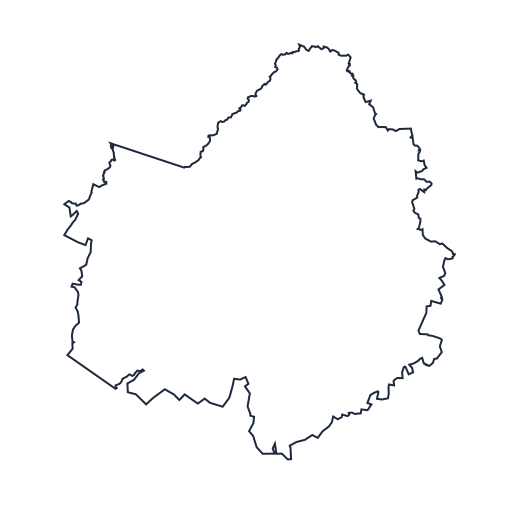 the district of Pixley ka Seme, Northern Cape, South Africa, rotated 264°
{"feature_id": "47623444B63696254381244", "entity_name": "Pixley ka Seme", "entity_type": "district", "adm_level": 2, "iso_a3": "ZAF", "parent_name": "South Africa", "parent_adm1": "Northern Cape", "projection": "natural_earth1", "projection_center": [24.003, -30.211], "detail": "fine", "context": "isolated", "style": "outline", "palette": "slate", "viewbox_px": 512, "rotation_deg": 264, "n_neighbors": 0, "source": "geoboundaries", "source_scale": "gbopen_adm2", "svg_char_len": 6066}
<svg xmlns="http://www.w3.org/2000/svg" viewBox="0 0 512 512"><g transform="rotate(264 256 256)"><path d="M362.5,423.6L366.5,423.4L367.3,412.0L365.6,408.1L367.5,405.5L368.3,401.5L367.0,400.2L370.7,398.4L371.4,391.3L374.1,389.1L380.4,387.4L384.0,389.3L384.6,390.3L385.8,389.2L391.7,388.0L395.1,384.4L398.5,386.3L397.6,381.2L401.8,379.6L402.0,379.9L404.1,379.5L405.0,380.3L405.8,379.7L406.4,377.8L407.5,376.4L411.7,373.9L416.5,374.6L417.9,372.8L418.9,373.8L420.4,373.5L421.7,372.0L423.1,371.2L425.1,371.7L425.4,370.3L426.8,371.2L427.4,370.7L427.6,369.3L428.8,368.3L429.9,368.5L430.4,367.4L429.9,367.0L430.5,365.9L431.3,365.7L435.8,368.4L435.7,369.2L437.3,369.4L437.8,368.3L443.6,370.9L446.6,368.8L445.8,366.7L446.4,361.3L447.7,359.1L449.3,359.5L452.1,355.6L452.9,353.3L451.5,351.3L452.8,350.5L453.7,350.5L455.9,348.5L457.2,345.2L455.7,345.1L454.8,342.6L458.1,339.5L457.7,338.9L457.9,337.9L457.5,336.9L458.4,335.6L458.8,333.4L457.9,333.0L457.2,331.9L454.5,329.8L455.8,327.6L459.2,325.7L461.7,321.0L459.5,321.6L458.0,320.7L457.6,320.2L455.9,320.3L455.4,319.6L455.4,317.5L454.8,315.7L455.0,314.0L454.8,313.4L453.8,313.3L454.1,311.9L453.6,308.9L454.7,307.8L454.6,307.1L453.4,306.0L453.3,303.7L454.2,302.3L453.0,300.6L450.0,298.1L449.8,297.2L448.6,296.5L448.0,296.6L445.1,294.9L443.7,295.6L441.9,294.9L441.1,296.5L439.4,297.0L437.4,295.0L437.0,293.3L434.8,290.5L433.7,289.9L433.0,288.4L430.7,289.0L428.8,288.2L428.2,286.6L425.4,283.8L425.4,283.2L426.2,282.7L425.9,282.0L424.2,279.9L422.9,279.5L421.8,278.2L420.1,274.1L417.3,272.4L416.1,272.4L415.4,273.1L414.9,273.0L414.7,271.0L415.3,270.1L415.7,267.8L414.6,264.5L413.6,264.1L411.7,265.3L410.2,264.9L409.2,263.0L408.0,262.3L406.5,260.6L406.5,260.0L407.3,259.1L407.2,257.7L405.4,256.7L404.6,254.9L404.1,254.9L403.2,255.9L402.2,255.5L401.8,253.0L400.6,251.8L400.4,250.2L399.6,247.4L396.5,245.6L396.6,243.0L394.7,241.6L394.4,240.0L392.9,238.1L392.9,236.2L393.8,234.9L392.5,232.3L388.5,231.2L386.1,231.5L381.5,229.6L380.5,225.9L380.9,222.2L380.7,221.4L379.5,221.0L378.9,222.4L375.4,222.4L373.2,220.7L371.4,218.7L369.8,215.0L369.1,214.7L367.7,215.0L365.7,214.0L365.8,212.7L365.3,211.8L361.7,211.2L359.9,211.6L359.5,210.6L357.3,208.8L355.2,204.8L354.1,201.8L351.8,199.7L351.6,199.0L352.0,194.4L351.4,193.8L383.3,123.2L382.1,123.9L381.4,123.4L381.1,124.5L380.3,125.4L379.9,124.7L380.0,123.4L378.9,123.2L378.4,123.6L378.7,124.5L378.6,125.1L376.9,124.5L373.3,125.4L372.2,125.1L369.3,125.5L368.9,125.0L366.2,126.0L365.7,125.3L366.8,123.9L366.8,122.4L365.6,121.7L364.4,120.0L362.6,120.1L361.0,120.7L359.5,120.0L357.5,116.6L357.3,115.2L355.9,113.8L354.9,114.2L354.0,113.0L352.3,112.8L351.9,112.2L349.2,112.9L348.0,111.8L347.2,112.6L345.9,112.4L345.3,114.9L344.6,114.9L344.2,114.1L343.5,114.5L342.0,109.3L341.4,108.6L341.0,107.1L344.4,101.7L336.9,98.9L336.3,99.2L332.5,96.9L330.5,96.2L329.5,95.4L326.7,90.7L326.2,88.0L326.4,87.2L325.2,85.3L324.8,82.9L327.0,82.2L327.0,80.7L327.9,78.3L329.5,77.1L329.5,76.5L330.3,75.5L327.5,70.8L323.7,75.5L314.8,75.9L315.8,77.7L319.5,82.4L316.6,83.5L311.0,80.1L308.3,77.1L305.8,75.2L302.1,71.5L296.8,67.5L288.2,80.5L284.7,87.6L291.1,90.8L288.8,94.2L285.5,93.2L277.2,92.0L271.3,88.3L265.0,86.2L262.1,79.6L259.8,80.8L254.0,81.1L250.6,77.1L248.6,79.7L245.7,78.8L246.2,75.6L247.6,70.7L244.8,69.4L243.9,72.2L238.9,75.1L236.0,75.4L228.3,73.4L226.6,73.3L223.5,71.2L219.4,72.9L215.6,73.2L208.2,73.0L205.3,69.0L202.0,66.3L196.2,64.6L190.1,64.6L189.2,65.9L188.4,64.2L183.0,64.0L177.1,58.1L138.6,102.4L139.3,103.7L140.4,102.7L142.0,102.9L142.9,106.2L143.7,107.7L145.0,108.9L147.9,110.6L149.5,114.8L151.4,117.4L151.3,118.4L149.8,120.1L149.7,120.6L150.5,122.4L152.6,123.7L153.2,124.9L154.4,125.9L153.6,129.2L155.0,131.4L153.7,132.5L151.6,127.3L145.6,121.7L142.7,114.8L133.9,114.3L131.0,122.1L119.9,131.2L125.6,138.8L133.0,151.4L126.8,160.0L120.8,164.7L125.8,170.6L115.3,182.7L119.5,190.1L114.8,194.9L109.6,207.1L117.9,214.7L128.5,218.9L136.2,221.4L134.8,227.2L136.7,233.0L129.7,235.1L127.5,231.4L120.0,235.5L107.2,231.9L99.8,233.8L97.8,233.7L96.3,237.3L90.0,235.9L82.5,230.8L77.5,234.3L65.7,236.7L58.6,242.0L57.5,253.9L62.8,252.5L67.4,255.2L57.2,255.6L56.7,261.1L50.4,266.3L50.3,269.6L61.5,270.3L63.8,269.7L66.8,276.9L68.1,285.5L72.1,293.3L68.7,298.4L74.7,303.9L78.9,310.7L82.6,314.0L88.3,316.0L85.1,320.2L86.7,324.3L89.3,325.2L87.2,330.4L88.5,332.2L90.3,331.9L90.2,334.9L88.4,338.2L88.7,339.6L88.5,343.7L92.4,344.8L91.0,350.8L96.3,355.3L98.2,351.4L105.8,355.3L107.4,358.6L108.7,362.9L107.9,363.5L101.3,361.4L100.1,366.5L100.7,372.4L105.7,373.7L111.0,374.0L114.3,374.8L112.9,379.8L117.4,379.8L119.0,381.8L119.9,384.0L119.2,389.0L125.2,389.2L129.7,391.2L130.5,392.1L130.0,393.1L122.4,395.5L123.9,400.1L128.9,399.4L131.1,397.4L131.9,397.1L132.7,401.8L135.1,406.9L136.3,407.8L137.3,410.6L131.7,411.7L130.1,414.4L129.8,414.0L128.6,416.8L131.2,420.8L135.0,422.4L135.1,425.1L140.9,430.7L147.0,429.4L152.8,432.0L153.6,431.9L155.0,430.0L158.1,423.2L159.2,418.9L160.1,418.6L161.3,410.8L164.9,409.8L181.7,419.5L188.0,420.4L188.2,424.3L193.0,425.6L189.3,434.7L192.7,436.6L194.1,436.7L194.5,435.7L195.4,435.7L196.0,436.5L203.7,434.0L207.5,440.4L211.9,438.3L215.0,436.1L216.5,440.9L219.0,442.5L225.7,440.8L231.5,442.7L234.1,444.2L232.7,446.4L232.8,449.7L233.3,451.4L234.5,451.3L236.0,453.3L237.0,453.9L237.5,452.0L238.8,452.0L240.7,451.0L243.6,447.3L249.0,442.5L248.5,440.1L251.9,435.8L252.0,431.6L255.6,426.2L259.5,424.1L265.2,424.4L264.7,422.8L266.0,419.7L266.6,420.8L273.3,423.1L275.9,423.4L276.9,421.9L280.5,421.6L282.3,418.6L284.6,417.2L286.4,418.4L293.4,416.9L295.1,417.7L297.2,422.4L299.1,422.5L302.6,424.4L304.9,424.5L305.5,426.1L301.9,430.0L304.5,430.4L303.8,431.8L304.6,432.2L308.3,437.8L309.8,438.2L311.8,436.5L311.9,433.5L314.8,431.0L315.0,428.4L316.4,424.6L316.1,423.6L323.7,423.6L322.1,425.3L322.1,426.2L323.4,430.4L324.6,431.3L325.9,434.8L328.8,433.2L333.4,432.8L332.9,430.4L334.2,427.3L340.1,428.1L341.4,428.7L342.2,429.6L344.0,430.3L344.1,429.1L345.5,430.1L348.3,428.4L349.0,427.5L349.2,425.5L350.6,424.4L358.2,424.1L357.2,421.5L359.8,424.2L362.5,423.6Z" fill="none" stroke="#1e293b" stroke-width="2"/></g></svg>